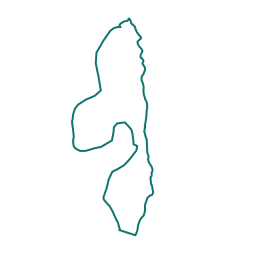 the district of Caye Manje', Gros Islet, Saint Lucia, rotated 136°
{"feature_id": "8701671B43134404703092", "entity_name": "Caye Manje'", "entity_type": "district", "adm_level": 2, "iso_a3": "LCA", "parent_name": "Saint Lucia", "parent_adm1": "Gros Islet", "projection": "robinson", "projection_center": [-60.937, 14.067], "detail": "fine", "context": "isolated", "style": "outline", "palette": "teal", "viewbox_px": 256, "rotation_deg": 136, "n_neighbors": 0, "source": "geoboundaries", "source_scale": "gbopen_adm2", "svg_char_len": 3686}
<svg xmlns="http://www.w3.org/2000/svg" viewBox="0 0 256 256"><g transform="rotate(136 128 128)"><path d="M196.7,45.9L195.4,46.4L191.5,48.4L188.8,50.7L185.8,52.4L182.3,53.8L179.8,54.1L177.6,54.1L175.8,55.1L173.6,56.4L173.3,56.6L173.1,56.9L172.2,57.6L170.3,59.9L168.2,61.4L165.7,62.6L162.7,64.2L161.7,64.3L160.9,64.1L158.9,64.1L158.2,63.6L157.2,63.2L156.0,63.5L154.8,64.2L153.7,65.4L152.6,67.5L151.8,68.3L151.3,69.1L150.5,70.8L150.2,71.9L149.2,73.2L147.9,74.6L146.9,76.1L145.8,77.0L144.9,76.9L144.2,77.3L143.3,78.0L142.3,79.3L140.8,79.8L139.3,80.9L139.2,81.1L138.7,82.0L138.6,82.4L138.1,83.3L137.8,84.1L137.7,84.6L137.5,85.5L137.4,86.7L137.3,87.2L137.0,87.9L136.8,88.8L136.6,89.4L136.6,89.7L136.2,90.1L135.8,90.6L135.3,91.5L134.9,91.8L134.5,92.1L134.4,92.2L133.8,92.7L133.0,93.2L132.7,93.6L132.5,94.3L132.3,94.7L131.9,95.6L131.6,96.2L131.6,96.4L129.0,99.4L127.9,100.6L127.5,101.1L126.7,102.0L124.1,104.9L123.2,106.0L122.5,106.8L121.6,108.8L121.1,110.1L120.9,110.3L120.2,111.5L119.5,112.6L119.1,113.5L118.9,113.9L118.8,114.2L118.5,114.3L117.4,115.1L116.6,115.8L116.1,116.2L115.4,116.6L114.8,117.2L114.4,117.6L114.3,118.0L114.0,118.4L113.3,118.6L112.6,119.0L111.9,119.7L110.7,120.5L109.5,121.4L107.5,123.1L106.3,124.0L104.9,125.2L104.3,125.8L103.6,126.6L102.8,127.2L101.8,128.1L100.9,128.6L100.5,128.9L99.8,129.7L99.2,130.3L98.4,130.9L97.4,132.2L97.2,132.9L96.6,133.8L96.2,134.6L95.9,135.9L95.7,136.8L94.8,138.2L94.0,139.9L93.5,140.7L93.3,141.1L93.0,141.5L92.6,142.0L92.2,142.7L91.5,143.5L90.0,145.0L89.3,145.7L89.1,145.8L88.6,146.3L88.0,147.0L87.4,147.8L86.8,149.0L86.4,149.6L86.3,150.0L85.0,153.0L83.0,155.0L82.4,155.5L82.0,155.6L80.4,155.8L79.1,156.2L77.9,156.8L77.1,157.1L76.4,157.5L75.3,158.1L74.8,158.6L74.3,159.2L73.9,160.0L73.5,160.9L73.3,162.1L73.3,162.6L73.2,163.1L73.0,163.7L72.9,164.2L72.5,164.6L72.2,164.8L71.4,165.0L70.5,165.4L70.4,165.6L69.9,166.2L69.8,167.0L69.7,168.0L69.7,168.4L70.0,169.1L69.8,169.4L69.8,170.0L69.7,170.3L69.4,170.6L68.7,171.2L68.3,171.6L67.4,172.1L66.5,172.5L65.5,172.7L64.5,173.1L64.2,173.3L63.6,174.3L63.6,174.6L63.4,175.8L63.3,176.8L63.3,178.7L63.3,179.5L63.2,180.0L63.0,180.4L62.4,181.8L62.1,182.4L61.8,182.8L61.6,182.9L60.9,183.6L60.0,183.5L59.6,183.5L58.9,183.5L57.0,183.4L56.6,183.5L56.3,183.5L55.9,184.1L55.6,184.6L55.6,184.9L55.6,186.0L55.6,187.4L55.4,187.7L55.3,188.3L55.3,188.6L55.3,189.0L55.2,189.4L55.1,189.8L55.1,190.5L55.0,190.9L54.2,193.0L54.1,193.5L53.3,195.0L53.1,195.4L52.7,196.1L52.8,196.3L52.6,197.1L52.8,198.4L52.9,200.4L52.9,201.0L52.4,202.1L51.7,203.4L51.3,204.7L51.0,206.6L51.1,206.4L51.3,206.3L52.6,205.6L53.5,205.6L54.6,205.9L55.3,206.4L56.4,207.0L57.1,207.4L57.8,207.7L59.0,207.9L60.4,208.1L62.0,208.2L62.8,207.6L63.4,206.0L64.3,206.9L65.4,207.8L67.0,208.8L68.9,209.7L73.2,210.2L83.9,208.2L98.3,204.1L106.2,197.0L111.2,189.2L114.0,184.7L121.5,173.9L129.4,174.2L138.5,177.6L147.7,179.5L152.9,178.7L158.8,175.4L160.8,173.5L164.0,171.3L169.9,163.4L170.0,163.3L172.8,159.7L177.1,156.3L179.7,152.6L180.0,149.6L178.4,144.8L174.4,141.0L165.3,136.2L160.8,133.2L154.5,131.7L148.3,130.2L141.8,134.7L137.5,138.4L132.6,138.8L126.4,134.3L126.4,128.3L126.7,124.5L128.9,120.6L131.4,117.2L134.0,113.8L135.3,112.2L133.9,108.8L135.3,107.6L137.8,105.9L141.8,105.4L145.9,104.7L150.9,104.2L154.9,104.0L157.6,104.1L160.2,104.8L164.0,105.6L168.2,107.1L170.2,107.3L171.3,106.8L173.9,105.8L175.5,105.1L177.1,104.7L178.6,103.7L183.5,100.6L186.4,98.9L189.7,97.3L191.8,96.2L193.8,95.2L194.8,94.0L195.3,92.1L195.3,89.8L195.6,87.0L195.4,85.5L195.7,83.7L196.6,80.2L197.0,78.6L198.5,74.7L199.0,73.2L199.7,71.3L200.3,69.5L200.9,67.1L203.0,63.2L204.2,61.0L204.4,60.4L205.0,60.3L197.2,45.8L196.7,45.9Z" fill="none" stroke="#0f766e" stroke-width="2"/></g></svg>